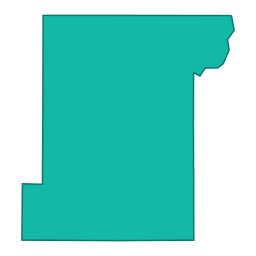 Vigo, Indiana, United States of America (Natural Earth projection), rotated 180°
{"feature_id": "52423323B18777614483924", "entity_name": "Vigo", "entity_type": "district", "adm_level": 2, "iso_a3": "USA", "parent_name": "United States of America", "parent_adm1": "Indiana", "projection": "natural_earth1", "projection_center": [-87.485, 39.434], "detail": "fine", "context": "isolated", "style": "filled", "palette": "teal", "viewbox_px": 256, "rotation_deg": 180, "n_neighbors": 0, "source": "geoboundaries", "source_scale": "gbopen_adm2", "svg_char_len": 539}
<svg xmlns="http://www.w3.org/2000/svg" viewBox="0 0 256 256"><g transform="rotate(180 128 128)"><path d="M62.4,99.8L62.5,104.8L62.5,106.9L62.5,117.7L62.6,125.3L62.6,125.9L62.5,164.1L62.4,183.3L56.1,180.0L50.7,188.0L38.3,188.1L32.8,192.3L26.9,205.9L28.2,214.5L28.4,216.5L21.9,225.7L24.3,239.3L25.0,240.4L155.6,240.6L212.9,240.6L213.2,127.9L213.5,84.9L213.5,71.7L233.6,72.2L234.1,15.9L139.5,15.4L62.2,15.8L62.3,43.7L62.3,55.4L62.3,67.7L62.3,71.9L62.4,87.9L62.5,90.4L62.4,99.8Z" fill="#14b8a6" stroke="#0f766e" stroke-width="1.5"/></g></svg>